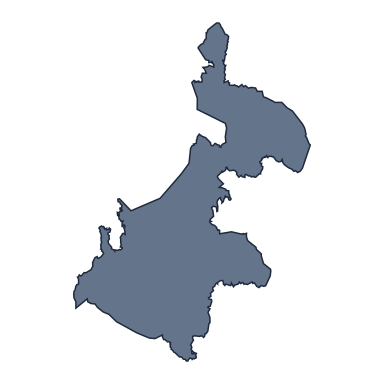 the district of Tlacoachistlahuaca, Guerrero, Mexico
{"feature_id": "50627088B91414263136066", "entity_name": "Tlacoachistlahuaca", "entity_type": "district", "adm_level": 2, "iso_a3": "MEX", "parent_name": "Mexico", "parent_adm1": "Guerrero", "projection": "equal_earth", "projection_center": [-98.264, 16.975], "detail": "fine", "context": "isolated", "style": "filled", "palette": "slate", "viewbox_px": 384, "rotation_deg": 0, "n_neighbors": 0, "source": "geoboundaries", "source_scale": "gbopen_adm2", "svg_char_len": 6002}
<svg xmlns="http://www.w3.org/2000/svg" viewBox="0 0 384 384"><path d="M116.5,321.7L136.7,332.8L149.2,338.0L155.0,338.6L162.4,335.0L162.4,336.6L163.6,339.5L165.3,339.8L167.6,341.9L168.6,341.5L170.7,342.8L169.9,344.0L170.6,344.7L170.1,345.9L170.4,347.2L171.3,348.2L171.2,349.4L172.5,350.1L174.0,352.3L175.0,352.6L179.4,356.9L181.6,357.0L183.3,359.1L185.2,359.3L186.4,361.0L188.0,360.9L188.0,360.2L189.9,358.1L191.9,358.7L192.2,359.4L193.0,358.6L194.4,358.8L196.3,357.7L195.7,354.7L196.4,353.4L194.3,352.6L194.0,353.5L193.6,352.6L193.2,353.5L192.1,353.8L191.6,351.7L192.7,351.4L191.1,349.4L191.8,347.7L191.3,345.7L190.6,344.8L193.5,340.1L192.6,338.7L192.7,336.4L194.6,335.8L199.7,336.4L201.0,335.9L202.6,336.2L203.5,337.4L204.5,336.5L205.0,333.8L206.1,333.6L207.8,331.2L208.9,323.9L210.0,322.5L209.9,317.4L208.0,312.3L210.0,308.8L207.9,307.5L208.3,306.6L210.2,306.3L211.8,301.3L211.4,299.4L209.3,299.3L208.5,297.9L210.9,296.4L210.5,293.4L213.5,290.5L212.7,289.2L212.8,287.4L214.7,286.3L215.1,284.8L216.4,283.2L217.0,283.1L217.6,283.8L217.5,282.6L220.3,280.7L222.7,280.5L223.6,283.3L223.3,283.9L224.8,285.5L225.7,284.1L230.5,285.6L231.0,285.2L231.4,283.0L233.5,286.8L234.6,285.2L238.3,284.0L239.3,282.1L240.6,283.6L242.7,282.4L244.0,284.3L245.3,283.9L247.3,284.5L252.1,282.0L252.7,283.4L254.4,282.9L256.8,286.4L259.1,287.6L261.1,285.6L263.9,286.3L265.6,285.8L270.2,276.0L270.8,271.0L270.5,269.2L263.5,263.6L261.3,256.0L261.3,253.9L256.4,249.4L255.9,247.2L248.2,241.1L247.2,239.5L246.4,236.4L246.5,233.3L243.7,234.2L243.4,233.6L241.5,234.1L231.5,231.8L219.6,233.8L219.6,230.4L218.7,229.8L217.6,230.2L216.4,227.2L214.4,225.3L212.1,224.6L209.6,221.9L209.9,221.2L211.0,221.2L210.1,220.5L210.3,219.2L213.6,216.3L212.9,210.6L211.4,208.0L213.2,206.2L216.7,207.1L216.5,208.9L216.9,211.5L217.6,211.1L217.8,206.1L217.0,202.8L217.3,201.0L218.9,198.5L220.5,197.7L220.5,199.0L222.1,201.6L221.9,202.9L223.2,201.8L224.2,198.5L225.4,197.3L225.0,196.4L225.2,196.0L227.3,197.4L228.2,197.1L228.8,199.7L230.0,200.2L230.9,199.4L231.0,198.6L229.9,197.1L229.6,195.1L229.0,194.3L228.7,190.8L226.1,190.4L225.7,189.2L222.2,187.8L219.2,187.4L223.4,183.8L218.2,178.5L217.3,176.3L221.1,172.6L221.7,171.2L222.2,171.2L222.4,172.2L225.2,170.5L226.1,168.7L225.9,167.6L226.9,167.2L227.6,169.1L229.6,170.8L233.5,170.2L235.1,170.7L236.9,172.6L236.6,174.3L238.9,177.2L241.2,175.4L242.2,176.7L244.9,177.4L245.0,174.8L246.2,174.5L248.4,175.9L250.2,175.9L251.4,177.0L253.6,176.4L254.4,177.2L255.7,177.2L259.2,173.9L260.6,173.9L260.7,172.0L262.5,169.1L262.8,166.7L261.2,165.7L261.7,163.3L260.1,163.1L259.9,161.7L261.6,160.4L261.8,158.7L262.5,158.8L263.1,157.5L264.3,157.5L264.7,156.8L265.5,157.2L266.6,155.7L266.8,156.8L267.9,157.6L268.5,156.5L271.4,156.2L272.2,156.9L273.3,156.7L276.2,160.6L278.6,161.9L281.2,161.4L282.1,159.5L282.9,162.7L284.4,164.7L288.5,167.7L291.8,169.2L293.9,171.3L295.3,170.7L297.7,172.5L300.3,171.2L302.5,168.0L310.3,145.0L309.0,143.7L306.6,137.5L305.3,135.9L306.1,134.6L305.2,130.4L304.4,127.6L302.3,123.8L292.4,111.0L287.0,107.7L281.8,102.4L275.2,102.4L265.9,97.6L264.1,97.3L263.1,95.7L262.2,91.3L257.2,91.3L255.6,88.0L251.1,87.4L248.5,88.2L245.4,85.6L243.6,86.8L241.9,84.5L238.5,87.1L237.2,85.9L235.6,85.7L234.6,84.8L233.6,85.3L229.9,85.3L229.1,84.6L229.6,83.0L228.4,82.5L228.1,80.9L224.1,82.6L224.1,80.5L225.3,79.4L224.5,77.5L225.4,74.5L224.4,73.0L224.3,71.8L225.3,69.1L224.5,68.3L225.6,65.7L224.9,65.9L224.9,65.1L224.0,64.5L223.5,63.3L224.0,61.8L222.7,61.1L222.7,60.3L224.5,60.2L225.1,55.5L226.3,54.4L225.6,53.4L225.2,51.4L225.9,51.2L227.3,47.7L226.8,46.0L227.5,45.0L227.2,43.7L228.2,41.7L227.5,40.9L228.3,39.0L228.6,36.4L226.8,34.7L225.1,34.2L222.4,28.6L220.7,26.3L220.5,25.1L219.0,23.0L216.5,23.0L208.0,29.8L206.9,32.9L206.2,32.8L206.2,38.6L204.9,39.7L203.0,43.6L200.9,44.5L198.2,47.3L198.2,48.2L205.7,59.8L208.8,60.4L208.8,62.6L210.8,62.4L211.3,61.8L212.0,62.8L212.4,62.2L212.8,63.7L213.8,64.4L213.7,67.0L209.0,65.3L207.6,66.9L202.9,67.4L204.6,69.3L206.3,73.2L202.4,73.2L201.1,77.1L202.2,79.3L201.9,82.0L198.8,82.1L198.9,81.2L198.3,81.0L196.6,82.1L196.1,81.5L195.1,82.1L195.3,81.2L193.9,80.4L191.8,82.6L197.3,98.2L197.2,109.4L225.4,123.4L226.6,128.0L225.3,136.8L225.9,142.4L222.4,144.3L221.1,145.9L220.8,147.2L219.5,146.8L219.4,145.3L216.7,144.5L215.7,143.5L214.7,143.6L213.3,145.6L211.6,145.5L210.9,145.1L210.5,142.7L205.7,137.7L201.4,136.0L200.9,135.1L199.7,134.9L199.2,134.2L197.3,136.9L197.2,138.8L196.6,139.4L196.3,143.3L193.5,144.1L194.1,144.9L192.1,145.8L190.6,148.3L189.0,163.3L181.5,173.6L160.1,198.3L131.0,210.8L119.5,198.8L117.8,199.2L118.1,201.7L120.0,202.3L120.3,203.8L122.1,205.3L121.3,207.8L119.9,208.1L120.0,209.4L120.4,209.8L121.6,209.1L122.4,210.6L121.3,211.4L120.2,211.2L119.0,212.7L117.3,212.3L117.6,215.4L118.0,215.7L118.7,214.3L119.1,214.4L119.3,215.6L118.8,216.5L119.1,219.1L120.0,219.6L121.2,221.5L122.9,221.0L122.1,223.2L122.1,226.5L123.1,226.4L123.1,225.3L123.8,224.9L124.6,225.3L125.1,226.9L123.8,227.9L124.7,230.1L125.2,234.4L123.7,233.4L122.6,233.6L120.2,237.7L120.7,238.8L120.7,242.9L121.3,244.4L120.3,246.9L122.3,247.7L122.4,248.2L120.7,249.8L119.4,249.5L117.9,250.4L114.9,249.9L114.7,251.1L114.1,250.1L111.4,248.7L111.6,247.2L108.6,243.6L108.0,241.1L109.4,238.9L108.9,236.6L109.3,235.7L107.8,234.1L108.1,232.8L110.0,232.0L110.6,229.2L109.3,228.0L109.0,229.1L106.7,229.9L106.7,228.3L104.7,229.2L104.2,228.2L104.4,227.4L103.2,226.4L102.2,226.9L101.4,226.0L99.6,227.1L98.9,228.1L100.3,230.1L99.8,231.5L100.9,233.5L101.5,236.7L101.0,237.3L101.2,240.9L101.7,242.1L100.8,244.5L101.1,248.9L100.8,249.1L101.6,249.6L101.7,251.0L102.3,251.1L103.6,253.7L100.9,256.9L98.4,258.4L97.8,258.4L97.2,256.6L95.0,257.6L92.6,262.5L92.8,266.2L91.0,269.7L86.1,272.7L84.1,272.6L81.5,275.7L80.6,275.9L79.3,274.9L78.4,276.7L77.5,277.1L78.5,279.1L78.6,283.1L78.3,284.3L77.0,284.5L75.8,286.3L75.2,289.6L74.0,291.6L73.7,294.3L74.0,297.9L75.9,301.7L75.9,308.1L87.2,298.9L87.8,301.8L90.9,303.5L95.1,304.0L97.6,307.5L103.1,311.9L109.0,314.4L116.5,321.7Z" fill="#64748b" stroke="#1e293b" stroke-width="1.5"/></svg>